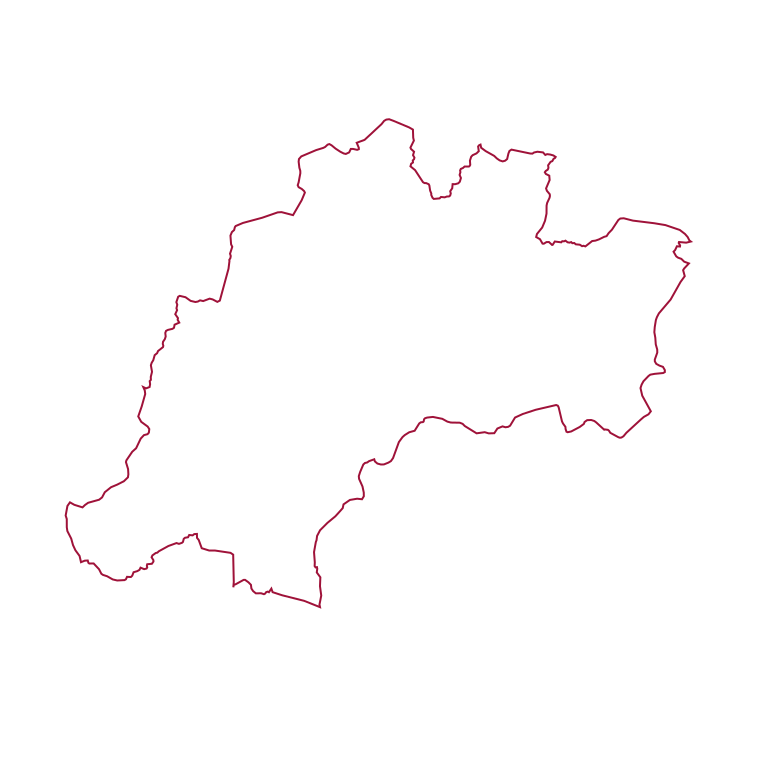 Kabinda, Kasaï-Oriental, Democratic Republic of the Congo (orthographic projection), rotated 108°
{"feature_id": "63176286B78021290688444", "entity_name": "Kabinda", "entity_type": "district", "adm_level": 2, "iso_a3": "COD", "parent_name": "Democratic Republic of the Congo", "parent_adm1": "Kasaï-Oriental", "projection": "orthographic", "projection_center": [24.619, -6.075], "detail": "fine", "context": "isolated", "style": "outline", "palette": "rose", "viewbox_px": 768, "rotation_deg": 108, "n_neighbors": 0, "source": "geoboundaries", "source_scale": "gbopen_adm2", "svg_char_len": 6166}
<svg xmlns="http://www.w3.org/2000/svg" viewBox="0 0 768 768"><g transform="rotate(108 384 384)"><path d="M327.5,121.8L315.3,134.8L308.6,138.8L305.0,138.8L301.2,138.1L294.6,134.9L292.8,133.6L290.7,129.7L287.3,121.9L285.9,120.6L284.0,121.2L281.5,124.0L281.4,127.7L280.7,131.3L278.8,133.4L277.1,134.0L269.7,133.8L266.8,134.8L262.3,137.8L256.1,140.3L251.2,142.9L246.2,144.1L239.1,145.2L236.1,145.1L231.9,144.4L215.1,137.5L195.3,133.5L188.5,131.3L183.3,134.7L181.3,134.2L175.1,131.3L174.9,136.3L173.1,139.9L173.0,143.3L172.3,145.5L168.7,149.5L166.6,148.5L162.5,148.0L161.8,145.0L160.7,145.2L158.8,147.3L157.8,147.3L156.2,140.3L153.7,136.2L153.1,137.9L150.4,140.6L148.3,144.1L146.1,150.3L145.9,165.4L147.6,176.7L151.7,197.8L152.3,207.2L153.6,210.4L155.6,211.8L166.8,214.9L171.1,217.0L174.6,218.0L176.0,220.1L180.0,224.2L182.3,227.2L183.7,230.2L190.9,235.0L190.9,237.0L191.7,238.2L191.0,240.8L191.9,244.8L191.1,246.6L191.9,248.4L191.2,249.8L192.2,251.2L192.5,253.2L191.6,255.7L192.7,256.9L193.1,258.6L194.5,259.2L195.7,265.6L199.5,266.6L199.8,267.1L198.0,271.0L198.8,273.3L201.2,275.4L201.5,276.6L198.1,280.4L197.2,284.7L194.1,284.9L186.3,281.9L179.0,281.3L171.7,282.1L164.1,284.5L161.4,284.8L155.7,284.1L153.9,284.3L152.3,285.0L149.9,288.8L147.9,290.3L138.8,289.5L134.8,291.2L134.2,295.0L132.9,296.5L131.4,296.0L129.5,294.5L127.6,294.4L125.3,295.5L121.2,294.2L120.0,292.8L117.4,292.3L116.2,291.2L115.0,290.9L114.3,293.5L114.4,296.8L115.0,299.9L116.3,301.4L114.6,304.3L115.7,309.9L117.5,312.9L119.0,314.0L119.6,316.1L121.7,335.2L123.6,336.7L126.3,336.9L132.0,336.4L134.2,337.8L135.6,339.9L135.6,343.1L134.6,346.4L133.0,349.7L131.1,359.2L129.3,364.6L126.5,366.2L127.5,367.3L129.0,367.9L133.3,365.8L136.1,367.3L139.0,370.4L140.9,371.3L145.0,371.3L148.9,369.7L150.1,369.9L150.9,370.4L152.3,374.6L154.1,375.6L155.7,377.4L157.4,377.6L158.9,376.8L161.8,376.7L164.3,374.5L168.2,374.4L170.2,375.4L172.0,378.1L172.7,380.5L176.8,379.6L180.2,380.6L182.1,379.4L184.3,379.3L185.5,380.1L186.3,382.2L187.7,383.9L188.5,387.6L190.3,388.5L192.6,393.9L191.9,395.4L189.6,397.5L188.2,397.9L185.8,399.9L181.2,402.2L180.2,403.2L179.9,405.9L180.4,407.6L180.0,409.3L171.0,420.5L168.8,426.1L166.1,426.2L164.4,424.9L162.5,425.7L160.9,424.9L159.3,425.0L157.4,427.1L153.8,427.2L152.1,431.0L151.0,431.9L143.3,430.8L140.8,432.3L133.1,435.1L132.2,439.4L130.8,456.2L130.6,460.9L131.8,463.5L133.7,465.2L137.5,466.6L157.8,477.9L163.0,484.5L167.2,480.9L168.5,480.5L169.6,481.9L170.0,486.0L170.7,488.2L174.5,488.7L177.0,491.4L177.2,493.6L176.6,497.3L175.1,502.8L173.2,507.6L172.7,510.1L173.8,511.6L176.7,513.2L178.2,514.7L182.5,520.8L193.1,533.0L196.3,534.4L198.9,533.9L204.5,531.3L207.1,529.5L209.4,528.7L218.7,527.5L221.6,527.5L223.2,526.0L223.9,522.5L225.2,519.6L226.4,518.4L234.7,519.1L251.5,522.7L252.2,534.5L253.6,538.1L263.5,551.2L274.4,567.9L279.6,573.9L280.9,574.3L283.9,574.1L286.5,575.6L290.3,575.9L298.4,572.6L300.4,570.7L307.7,570.7L309.6,569.3L311.7,569.0L313.9,569.5L314.7,569.0L322.4,567.5L355.4,565.9L357.4,567.9L356.5,573.1L356.7,576.2L361.0,581.6L361.3,584.8L363.1,586.5L364.3,588.7L364.7,593.6L362.8,599.6L363.3,605.5L364.6,606.7L370.3,606.8L372.5,605.1L376.1,604.8L377.7,603.6L382.1,604.1L385.0,600.3L386.7,600.1L388.9,597.7L392.3,601.5L395.4,601.1L396.9,602.2L399.3,606.2L400.8,607.7L403.0,607.8L406.3,606.3L409.0,606.3L412.1,607.2L414.2,606.8L415.8,605.7L417.2,605.6L422.5,609.1L424.8,609.3L427.4,611.0L432.7,610.8L435.6,611.5L438.2,611.5L444.1,608.4L449.3,608.0L452.1,607.0L453.7,607.7L456.4,606.4L459.3,606.0L461.7,609.0L461.3,612.0L464.1,609.5L467.3,608.0L480.2,607.5L490.8,607.7L495.0,603.2L497.5,595.6L499.4,593.3L502.9,592.6L504.8,593.4L506.8,596.5L511.1,598.5L521.7,599.9L526.2,602.5L536.2,605.4L538.0,605.3L544.0,601.1L548.9,599.2L551.9,598.7L556.8,601.3L562.2,606.7L566.5,611.7L573.2,616.1L579.0,617.1L582.1,619.2L588.4,628.7L591.5,631.0L594.5,632.6L594.6,641.2L593.6,646.1L597.8,647.4L607.5,646.1L610.4,644.0L618.3,641.4L621.7,639.7L627.7,633.7L633.3,630.0L637.5,626.1L641.6,620.4L647.1,617.1L644.5,614.0L643.4,611.2L645.4,609.9L645.8,608.8L644.4,604.7L648.2,597.8L651.8,594.2L652.4,592.3L652.4,587.9L653.7,581.6L653.3,577.0L650.7,570.2L649.5,569.1L646.8,568.8L645.8,565.1L644.1,564.2L640.4,564.0L638.2,560.8L636.3,559.1L633.9,558.8L634.2,554.9L632.9,552.8L631.6,552.5L630.1,553.4L628.6,553.5L626.7,549.2L624.1,548.4L622.8,548.9L620.6,551.5L618.6,551.3L615.3,548.9L614.4,547.4L612.7,546.5L604.7,539.0L599.4,532.2L599.4,529.6L597.5,527.1L596.3,526.4L593.1,526.6L591.7,525.7L590.3,523.0L587.8,522.6L587.1,519.2L585.4,518.1L584.4,515.6L588.1,514.3L589.6,512.0L596.5,506.6L596.4,498.9L594.6,493.2L592.0,477.8L592.9,474.7L618.7,465.7L623.9,464.5L621.4,464.8L620.4,463.3L613.7,457.0L613.2,455.6L614.5,451.6L616.1,448.5L619.5,446.9L621.4,444.5L622.7,441.2L621.0,436.2L621.0,433.2L620.1,432.3L618.3,431.7L617.4,430.4L617.6,429.1L613.4,427.9L616.4,425.6L616.4,415.5L614.9,393.0L616.0,375.9L613.7,377.2L604.6,378.3L596.1,382.4L587.5,384.8L584.0,389.7L580.3,390.4L578.9,391.2L579.6,392.4L578.6,393.7L575.0,394.7L565.5,398.6L555.4,400.0L553.4,399.9L549.2,400.7L542.8,399.6L533.4,394.8L524.9,389.4L520.5,387.4L514.8,384.9L511.0,385.3L504.8,380.6L501.4,374.1L500.4,369.3L497.0,368.5L493.5,369.7L488.1,372.8L481.9,378.4L479.4,379.5L475.0,379.5L467.0,378.8L465.0,377.7L463.8,375.7L462.0,374.4L458.6,370.0L460.4,368.8L461.7,365.7L461.5,362.0L460.5,359.2L457.4,355.5L455.2,353.6L451.7,352.5L434.6,351.9L428.8,350.0L426.2,348.5L422.1,345.1L419.0,340.4L410.6,338.3L409.1,337.2L408.2,335.2L407.4,334.7L405.2,335.0L403.9,334.4L402.6,332.6L400.2,327.3L399.1,317.8L400.2,312.1L400.0,308.5L397.4,300.0L397.6,296.9L399.0,294.2L402.3,280.7L398.7,273.3L398.6,269.1L396.7,263.9L391.3,262.4L387.7,258.2L387.6,255.1L386.4,252.7L384.7,251.2L375.4,249.0L369.6,242.7L361.6,231.7L350.8,213.8L350.9,212.0L352.2,210.7L364.5,203.2L366.2,201.6L368.7,198.2L370.7,197.4L373.0,195.7L373.1,194.4L371.3,191.3L364.4,184.6L360.2,181.6L358.1,181.5L355.6,179.6L354.2,175.8L354.2,172.5L355.0,170.2L359.4,160.5L359.0,160.2L358.4,156.9L358.9,155.6L360.5,153.7L362.2,144.6L362.2,143.0L361.5,141.6L359.7,140.1L355.5,138.4L338.3,128.7L335.0,126.7L331.1,123.1L327.5,121.8Z" fill="none" stroke="#9f1239" stroke-width="2"/></g></svg>